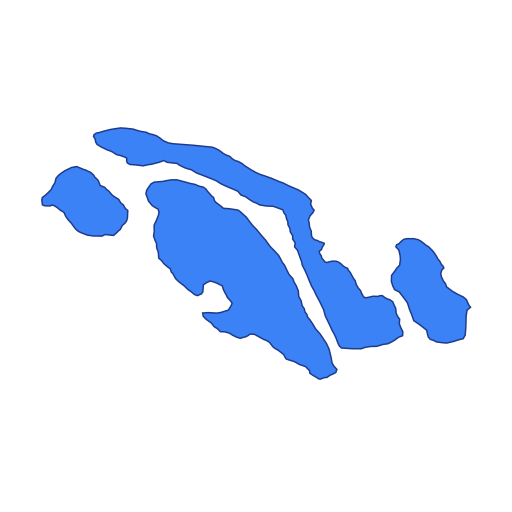 the district of Ekerö, Stockholm, Sweden, rotated 184°
{"feature_id": "70781695B4978180418475", "entity_name": "Ekerö", "entity_type": "district", "adm_level": 2, "iso_a3": "SWE", "parent_name": "Sweden", "parent_adm1": "Stockholm", "projection": "natural_earth1", "projection_center": [17.669, 59.36], "detail": "fine", "context": "isolated", "style": "filled", "palette": "blue", "viewbox_px": 512, "rotation_deg": 184, "n_neighbors": 0, "source": "geoboundaries", "source_scale": "gbopen_adm2", "svg_char_len": 6128}
<svg xmlns="http://www.w3.org/2000/svg" viewBox="0 0 512 512"><g transform="rotate(184 256 256)"><path d="M183.1,137.7L179.6,139.4L176.8,139.8L173.7,142.3L171.6,143.3L168.3,145.3L167.4,148.5L170.6,151.6L172.7,154.7L174.1,160.4L176.6,168.2L179.6,173.6L186.5,182.6L191.5,187.5L194.4,191.8L198.0,196.4L200.1,198.4L201.3,201.5L203.2,203.5L204.1,206.6L206.6,209.9L207.8,214.4L210.5,218.6L211.4,224.2L213.9,229.3L216.2,232.6L217.7,236.0L221.8,239.9L227.1,249.1L229.4,251.6L231.2,254.7L233.5,258.2L237.5,262.0L242.7,266.6L247.3,272.2L252.8,277.7L257.2,282.4L261.6,286.3L265.1,290.2L268.4,294.1L271.0,296.1L274.5,298.9L277.2,300.6L286.2,301.3L291.8,301.3L294.4,303.2L299.6,306.6L301.3,308.3L302.5,311.5L304.2,312.6L306.7,315.0L309.0,317.3L310.7,319.4L313.6,321.1L317.7,321.7L321.9,323.2L326.1,323.7L331.1,324.7L334.7,325.4L340.5,326.5L346.0,326.0L350.3,325.0L354.7,323.8L358.1,323.3L362.7,322.6L365.8,320.6L368.1,316.8L369.6,314.1L370.2,310.5L368.3,306.1L367.1,303.3L363.1,299.1L360.2,297.4L357.0,296.0L355.8,293.0L356.2,289.8L357.7,285.1L359.8,279.5L359.2,273.2L359.6,268.8L357.7,264.4L356.2,261.8L355.6,257.1L353.7,252.8L352.9,247.1L350.0,244.9L347.5,242.1L343.9,239.3L340.6,237.2L339.3,234.0L337.6,232.5L334.7,227.9L331.6,225.2L325.7,221.3L321.6,217.9L317.6,215.4L314.5,213.2L311.7,212.4L307.8,214.4L306.5,216.5L306.5,223.5L304.0,225.6L301.5,227.0L300.2,227.9L296.1,227.1L292.9,226.1L287.5,223.8L286.6,221.2L284.8,217.8L283.1,215.3L281.4,212.3L278.9,210.1L276.6,207.5L277.2,205.0L279.8,200.1L287.5,197.1L291.2,196.3L299.8,196.2L305.3,195.4L304.4,192.2L301.5,189.5L295.9,186.0L292.7,182.5L289.6,180.9L286.2,178.0L282.0,178.2L277.2,177.2L273.7,175.3L269.9,173.8L266.0,172.8L262.4,174.2L260.5,174.7L258.2,176.2L256.5,177.7L252.1,177.8L242.7,173.4L239.0,172.2L236.3,170.6L234.4,168.4L232.1,166.0L229.4,164.5L227.3,163.5L223.9,161.3L221.2,159.3L220.4,157.7L218.7,155.4L215.5,154.5L211.4,153.6L208.9,152.7L205.1,150.8L202.6,150.2L198.8,149.1L197.1,147.6L194.6,145.3L194.0,142.7L190.4,140.7L186.9,139.0L185.0,137.8L183.1,137.7ZM164.4,170.2L154.2,170.2L144.6,170.8L140.7,172.5L135.6,173.7L129.3,174.3L123.0,176.7L118.5,177.6L115.2,179.4L111.7,181.8L108.1,184.9L104.2,186.7L104.2,190.6L106.8,195.1L108.3,198.4L108.3,203.0L109.8,204.7L111.2,206.9L112.3,209.0L112.5,211.0L113.1,213.9L114.4,215.9L115.8,218.7L116.3,219.8L119.4,221.7L121.9,222.3L124.6,223.5L127.1,225.2L129.4,225.1L131.7,224.2L136.5,224.0L139.1,223.2L142.0,222.3L144.7,222.0L146.2,223.3L148.2,226.4L149.1,228.5L151.8,231.3L153.9,234.4L155.4,238.4L157.3,240.6L158.9,243.1L160.8,246.1L163.1,248.6L163.7,250.1L166.7,251.1L168.5,252.3L170.4,253.9L172.7,255.4L175.7,256.4L179.4,256.2L182.5,255.3L185.1,254.4L186.9,255.0L188.6,256.9L190.1,258.2L190.9,260.7L192.8,263.2L193.2,265.1L191.1,267.0L190.7,269.0L189.7,270.8L188.8,272.7L188.8,273.4L191.7,274.4L193.4,274.6L195.7,275.7L198.7,276.3L201.4,278.5L202.2,281.0L202.6,284.6L204.5,288.4L205.3,292.7L206.2,295.7L205.1,299.5L202.2,303.3L201.2,305.8L203.1,307.6L205.1,311.5L204.7,315.3L208.1,318.2L210.8,320.9L214.1,322.7L218.3,324.9L223.1,326.5L229.0,328.6L234.0,330.7L238.2,331.9L246.1,334.6L253.2,336.6L257.4,337.6L262.2,339.4L266.8,341.6L270.7,343.7L273.7,345.3L276.6,347.4L280.4,349.1L283.1,349.6L286.0,351.0L289.3,353.6L292.7,354.6L295.8,356.0L297.7,357.3L300.6,359.1L304.2,360.6L307.3,361.5L317.3,361.8L326.5,362.1L346.4,362.2L351.4,362.7L356.6,364.6L360.1,367.0L363.7,369.0L367.7,370.0L371.0,370.5L373.9,371.7L380.6,372.4L384.2,373.2L387.3,374.0L394.2,374.3L400.0,374.3L404.2,373.4L409.8,372.1L413.6,370.9L416.9,369.8L420.7,368.3L424.0,367.4L426.1,365.6L426.4,364.0L424.7,361.5L423.8,358.4L422.4,356.3L418.8,354.3L411.9,351.5L408.6,350.6L406.5,349.8L402.1,347.4L398.6,346.9L393.4,345.4L391.7,344.4L391.7,341.9L390.9,339.9L388.1,338.5L382.1,338.5L374.8,338.1L371.2,339.2L365.8,340.5L362.7,341.6L359.5,342.6L356.8,343.8L354.7,344.8L351.2,343.3L346.0,343.0L341.3,342.9L339.0,341.4L333.4,339.1L330.1,338.2L326.7,337.6L321.1,334.7L312.3,332.0L306.0,330.0L301.2,328.4L296.2,325.7L291.9,324.0L286.8,322.2L282.0,320.6L278.5,319.2L275.3,315.8L270.5,314.4L266.8,312.1L262.6,309.8L259.0,308.7L255.9,307.2L249.2,306.6L242.3,306.8L237.1,305.3L232.5,304.0L231.0,300.8L229.2,298.8L228.1,295.2L226.7,292.6L226.2,289.2L224.1,285.8L223.5,282.5L220.8,278.7L220.6,275.4L217.9,272.0L218.1,267.8L215.0,264.6L212.6,259.1L209.9,253.0L209.3,250.3L206.2,245.1L203.9,240.8L201.1,235.0L198.6,230.1L195.7,225.7L192.6,220.2L189.8,215.9L184.8,207.2L182.7,201.1L177.7,192.3L175.0,187.3L172.5,183.5L170.6,180.1L168.1,174.6L166.6,172.1L164.4,170.2ZM43.6,187.9L41.8,191.6L41.7,198.9L42.2,210.6L41.7,216.7L38.4,219.8L40.3,221.9L43.1,227.2L46.4,229.6L52.0,231.8L57.6,234.5L63.7,238.5L65.1,241.7L67.2,244.0L69.5,248.0L70.5,251.3L69.7,254.9L67.8,257.1L68.6,258.8L70.5,260.6L72.4,263.7L74.5,265.9L75.8,268.1L78.3,271.4L80.4,273.7L84.3,277.1L87.5,278.8L88.9,279.9L92.9,282.5L95.4,283.6L100.0,284.3L106.7,283.8L109.8,282.9L112.3,280.6L114.4,278.1L116.5,277.0L117.1,274.9L114.0,272.0L112.3,266.6L111.7,262.7L112.1,256.8L114.6,253.9L116.7,250.3L119.4,246.1L119.2,240.1L117.5,235.8L115.4,232.1L110.6,230.1L107.7,226.9L104.1,222.8L101.6,219.7L99.1,213.4L96.4,207.9L94.1,202.5L88.9,199.5L84.5,196.6L80.5,193.8L79.9,191.3L78.4,187.1L76.3,185.0L72.7,184.1L70.0,182.9L64.1,182.5L59.5,182.5L52.5,184.7L48.1,186.5L43.6,187.9ZM408.1,266.9L399.5,266.6L397.0,269.1L395.1,271.3L393.2,273.1L391.5,277.1L389.0,279.6L387.6,281.9L386.9,284.8L387.1,292.5L389.6,294.2L391.9,297.7L394.7,299.6L396.9,302.9L401.5,305.3L403.9,306.9L405.5,308.5L407.4,310.5L409.9,312.1L411.6,313.9L416.6,315.6L417.2,317.3L418.7,320.3L420.6,322.1L422.6,323.7L423.3,325.0L424.9,326.4L426.8,327.9L429.9,329.0L431.6,329.8L434.3,330.4L437.5,331.5L441.2,332.7L446.2,331.4L449.0,329.8L452.5,327.8L456.1,325.0L458.8,322.5L460.9,319.6L461.7,315.0L463.8,311.2L464.9,308.0L468.2,304.2L470.5,301.8L473.2,299.5L473.6,297.0L472.6,292.1L470.1,291.3L464.9,291.6L462.6,292.7L459.9,291.7L456.9,289.9L454.4,288.0L450.7,286.2L448.6,282.4L446.1,279.2L442.5,275.8L440.4,273.3L437.9,270.4L435.6,268.6L432.9,267.3L429.0,266.1L425.8,265.1L419.6,264.6L410.8,265.2L408.1,266.9Z" fill="#3b82f6" stroke="#1e3a8a" stroke-width="1.5"/></g></svg>